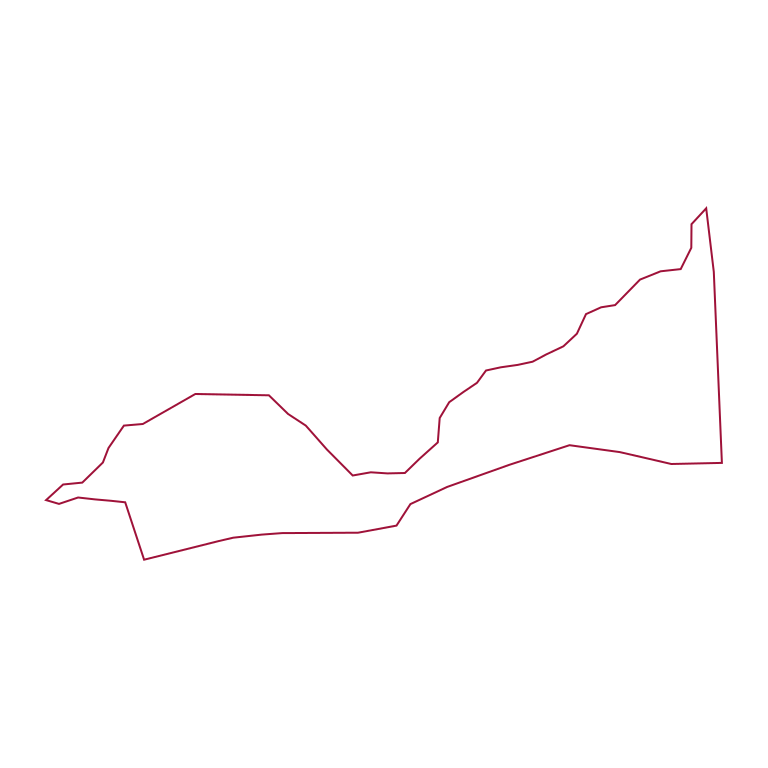 outline of Mathare, Nairobi, Kenya
{"feature_id": "3690345B9508025131966", "entity_name": "Mathare", "entity_type": "district", "adm_level": 2, "iso_a3": "KEN", "parent_name": "Kenya", "parent_adm1": "Nairobi", "projection": "natural_earth1", "projection_center": [36.859, -1.256], "detail": "fine", "context": "isolated", "style": "outline", "palette": "rose", "viewbox_px": 768, "rotation_deg": 0, "n_neighbors": 0, "source": "geoboundaries", "source_scale": "gbopen_adm2", "svg_char_len": 841}
<svg xmlns="http://www.w3.org/2000/svg" viewBox="0 0 768 768"><path d="M706.2,208.3L691.5,224.2L691.3,247.8L680.7,269.1L660.6,271.3L640.0,279.6L615.1,305.1L601.1,307.3L586.0,314.1L576.9,333.7L563.4,346.3L546.1,354.5L532.6,361.7L517.7,364.9L500.8,367.3L486.0,370.5L477.0,382.8L463.4,392.0L449.2,402.2L439.7,418.0L437.8,442.4L419.6,458.7L404.9,473.0L387.4,473.4L370.8,472.3L352.7,475.5L326.9,449.5L305.8,425.6L288.1,414.0L268.9,395.3L195.3,394.0L142.8,424.0L123.9,425.6L108.5,448.0L102.9,462.5L82.3,482.6L63.1,484.5L46.1,500.1L59.0,503.9L78.1,497.5L95.1,499.4L111.1,500.8L125.2,502.3L144.1,559.7L218.6,541.1L233.2,537.7L261.8,534.6L282.0,533.1L358.1,532.7L396.5,525.6L410.4,504.1L447.0,487.0L509.1,464.9L569.5,445.2L619.8,452.1L643.7,457.6L671.3,464.0L721.9,462.9L713.8,271.9L706.2,208.3Z" fill="none" stroke="#9f1239" stroke-width="2"/></svg>